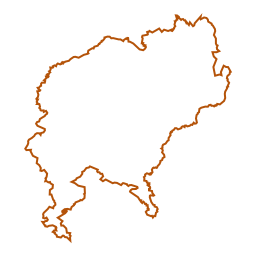 Pedro Ascencio Alquisiras, Guerrero, Mexico (Mercator projection)
{"feature_id": "50627088B24291579486400", "entity_name": "Pedro Ascencio Alquisiras", "entity_type": "district", "adm_level": 2, "iso_a3": "MEX", "parent_name": "Mexico", "parent_adm1": "Guerrero", "projection": "mercator", "projection_center": [-99.877, 18.526], "detail": "fine", "context": "isolated", "style": "outline", "palette": "amber", "viewbox_px": 256, "rotation_deg": 0, "n_neighbors": 0, "source": "geoboundaries", "source_scale": "gbopen_adm2", "svg_char_len": 5721}
<svg xmlns="http://www.w3.org/2000/svg" viewBox="0 0 256 256"><path d="M36.7,101.9L37.5,103.0L36.9,104.0L39.3,104.1L40.0,106.6L39.3,107.9L40.2,108.6L40.5,110.1L41.2,110.6L43.6,110.4L43.8,111.9L46.0,110.9L47.3,112.8L47.0,113.8L45.5,114.8L44.9,115.9L39.9,119.0L39.2,121.4L37.0,122.1L36.1,123.7L37.5,125.8L44.8,129.0L44.9,130.4L43.5,132.4L41.1,133.0L40.6,134.9L39.3,133.3L37.0,133.2L35.2,134.3L34.3,135.9L31.8,138.0L28.9,139.7L28.1,141.2L28.3,142.9L27.7,144.8L25.3,148.7L26.4,150.1L30.9,149.8L30.5,151.1L32.9,155.8L37.5,158.1L36.7,163.2L39.3,165.2L40.8,168.0L40.4,170.6L41.7,171.0L44.2,169.9L47.1,173.6L46.6,176.9L45.5,178.3L46.0,178.9L45.3,181.2L46.3,181.0L48.4,182.4L50.0,182.0L50.4,183.3L52.9,184.8L52.6,188.1L49.9,190.0L49.7,194.5L51.4,194.5L53.2,199.8L54.2,200.6L54.3,202.0L55.2,203.0L55.4,204.8L53.5,206.6L53.2,208.2L49.4,206.8L47.7,209.1L43.8,212.8L43.1,214.2L43.5,216.1L43.1,217.8L44.9,218.5L46.5,217.6L47.8,219.8L46.8,221.0L45.2,221.1L44.4,222.0L42.4,221.9L44.7,225.3L45.3,225.4L45.3,226.3L47.3,226.7L49.0,225.8L52.7,225.3L56.0,226.9L56.4,227.8L55.6,228.3L56.4,230.5L54.2,230.4L52.8,231.9L54.9,232.8L54.7,233.5L56.8,235.3L56.9,236.7L60.9,237.5L62.7,235.7L63.7,235.7L65.0,237.1L66.9,237.3L70.3,240.6L70.0,237.5L70.6,235.9L69.6,235.0L70.2,233.1L66.9,232.7L66.2,228.4L63.3,225.5L61.3,225.6L60.8,223.4L62.5,221.1L57.8,217.7L65.2,213.2L66.8,211.3L66.5,210.1L66.0,210.1L63.3,212.6L62.5,212.5L62.2,211.2L64.7,209.2L67.5,208.9L70.7,209.6L71.6,207.0L74.0,205.2L73.9,204.2L74.8,204.1L75.5,202.4L79.9,200.7L80.4,199.9L81.9,200.3L84.5,198.0L84.7,194.7L84.1,194.0L84.9,193.3L84.6,187.1L78.3,185.7L74.8,183.1L71.7,181.9L76.0,179.7L76.6,178.3L80.2,176.7L82.3,173.8L82.2,171.9L84.0,171.1L86.4,168.0L88.9,167.5L89.9,166.4L97.8,169.7L97.1,171.1L97.7,172.2L99.5,172.3L100.4,173.8L102.2,173.8L103.1,176.3L100.4,179.3L102.9,181.2L105.7,179.5L112.7,183.2L114.5,182.6L117.0,182.9L121.1,185.1L122.8,183.2L123.6,183.2L127.0,184.3L127.0,184.8L128.4,186.0L129.5,185.2L131.3,185.0L137.3,186.9L137.6,187.9L135.9,189.0L132.2,189.1L130.8,190.1L130.0,191.4L130.2,191.9L138.0,197.2L139.8,200.1L141.1,200.3L140.7,201.5L142.2,203.0L143.2,201.6L144.3,202.5L145.0,204.0L146.2,203.9L146.5,205.5L147.6,205.2L147.9,207.6L147.6,208.2L148.7,208.9L148.7,209.9L147.2,210.3L145.8,211.9L147.2,214.7L150.9,216.1L152.0,215.8L152.9,217.5L154.1,215.9L155.3,216.1L156.0,212.7L157.4,211.6L156.9,210.2L157.7,209.1L156.8,207.2L154.6,206.5L154.6,205.0L153.2,204.8L151.3,202.0L149.8,197.4L149.9,195.7L150.5,195.3L153.5,195.7L154.1,195.3L152.3,193.0L152.0,191.0L149.0,190.4L149.0,188.9L150.0,188.6L150.2,187.9L150.0,186.9L148.0,185.5L149.4,184.7L149.4,183.3L147.6,183.7L147.6,182.5L146.8,182.3L146.5,181.0L144.2,180.6L144.4,178.1L143.9,177.1L145.2,176.0L145.1,174.5L146.9,173.3L148.9,174.0L150.0,173.5L149.8,174.6L150.7,174.6L152.5,172.2L151.9,169.7L152.8,168.1L153.6,167.6L154.2,167.9L155.6,167.4L156.3,167.9L157.0,167.7L157.6,166.1L159.5,164.1L160.4,162.0L160.3,161.0L162.2,160.0L162.6,158.2L164.5,157.0L164.1,154.8L162.1,152.4L162.8,150.5L162.3,149.1L161.4,148.5L162.5,147.8L162.4,146.2L163.1,144.7L165.6,143.6L167.5,140.9L168.6,140.3L168.6,138.0L170.6,135.1L170.1,133.7L170.7,132.2L171.2,132.6L172.1,131.8L172.2,130.7L173.8,129.9L175.0,128.2L176.5,128.2L178.0,129.4L181.3,128.2L181.4,127.3L182.3,126.5L183.1,126.2L184.6,127.1L185.0,125.6L186.1,125.5L187.3,126.4L189.7,125.8L191.2,124.6L192.3,124.9L193.7,122.7L194.8,123.7L196.2,123.4L196.9,122.5L196.0,118.5L196.6,115.0L197.8,113.8L197.8,113.0L199.0,112.2L199.4,108.9L201.3,107.7L205.3,106.6L207.9,106.7L209.1,105.1L210.7,104.8L211.4,105.8L213.0,105.7L214.1,106.4L215.2,105.2L215.8,105.8L216.7,105.4L217.2,103.9L219.9,104.4L224.1,100.9L225.2,98.0L224.8,93.9L225.2,91.6L227.1,88.3L226.9,87.2L228.1,86.6L227.7,85.9L229.1,82.8L227.5,80.6L227.8,79.2L226.9,78.4L227.1,77.0L227.6,75.8L229.6,74.2L229.9,72.1L230.7,71.8L228.1,67.1L226.1,67.0L223.7,65.7L220.9,72.1L221.5,75.2L219.6,74.5L215.1,75.7L213.4,67.0L216.5,59.1L213.8,56.5L212.5,52.2L216.6,52.2L219.2,51.1L217.1,49.3L216.8,47.5L217.6,45.5L216.6,45.0L215.9,43.6L215.9,38.5L213.9,35.0L215.2,31.1L214.9,29.0L212.8,25.5L211.8,24.8L211.6,23.6L208.2,21.6L207.8,19.5L206.5,18.0L204.1,17.5L200.7,19.3L200.3,18.0L200.6,16.6L194.7,23.3L194.2,25.4L193.0,26.2L189.9,22.3L188.9,25.0L186.6,22.1L186.9,24.2L185.1,20.5L184.1,20.3L183.2,19.1L182.0,19.2L181.1,19.9L180.0,18.7L178.3,18.0L178.3,17.4L179.0,17.4L178.9,16.9L177.1,15.5L175.9,15.4L177.2,19.7L175.8,20.4L175.7,21.2L174.9,21.3L175.2,21.9L174.5,24.7L175.3,26.2L174.1,27.6L174.1,28.5L172.6,29.4L173.1,29.9L172.2,31.0L171.4,30.7L171.3,29.7L168.1,31.0L164.1,29.7L161.8,31.9L159.2,28.5L152.3,32.5L149.4,30.9L148.7,31.9L147.3,32.1L146.8,31.1L147.9,34.1L147.5,34.7L142.5,35.7L142.0,37.1L142.7,38.3L141.8,43.2L143.2,43.1L142.9,44.5L145.1,45.2L144.2,46.0L145.8,46.6L145.9,47.2L144.9,48.8L143.2,50.2L139.6,49.4L133.3,43.5L130.1,41.8L128.5,41.6L128.1,38.0L127.3,37.9L126.6,38.9L126.0,38.5L123.9,40.0L123.3,41.1L120.5,39.4L118.7,39.4L113.1,38.1L111.3,38.3L109.7,36.7L107.5,36.6L104.5,37.5L104.7,38.3L103.0,40.5L101.7,40.8L101.8,41.7L100.2,42.7L99.5,44.0L98.8,43.9L97.8,45.7L94.3,46.7L93.6,48.5L92.4,48.2L88.3,50.6L87.9,52.7L88.4,53.4L87.7,53.8L83.9,54.8L78.7,57.7L75.3,56.8L73.6,57.0L70.4,59.2L68.9,60.8L65.1,61.7L64.5,62.3L63.6,62.2L63.2,63.2L62.2,62.2L61.4,63.2L61.9,63.7L60.2,64.4L57.8,63.5L56.6,64.6L56.1,66.2L54.5,65.4L52.9,66.2L53.2,67.2L52.7,67.7L50.3,67.5L50.7,69.1L50.0,70.8L49.1,71.3L50.1,72.4L49.4,72.8L48.6,74.5L47.4,74.1L46.7,74.9L48.3,75.7L48.6,76.5L48.0,77.2L46.1,76.9L46.5,78.0L44.0,80.3L45.2,80.9L44.8,82.7L41.9,82.7L41.1,83.7L41.1,85.8L40.0,86.3L39.1,87.6L37.7,87.8L38.3,88.9L40.2,90.2L39.7,90.9L37.3,91.3L38.4,94.6L37.9,97.0L36.4,98.8L36.6,99.5L37.9,99.5L36.7,101.9Z" fill="none" stroke="#b45309" stroke-width="2"/></svg>